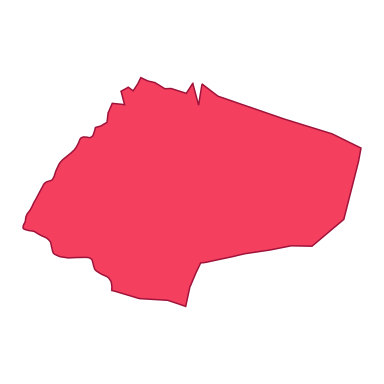 Yabroud, Rif Dimashq, Syria (orthographic projection)
{"feature_id": "27442178B56496530106269", "entity_name": "Yabroud", "entity_type": "district", "adm_level": 2, "iso_a3": "SYR", "parent_name": "Syria", "parent_adm1": "Rif Dimashq", "projection": "orthographic", "projection_center": [36.379, 33.94], "detail": "fine", "context": "isolated", "style": "filled", "palette": "rose", "viewbox_px": 384, "rotation_deg": 0, "n_neighbors": 0, "source": "geoboundaries", "source_scale": "gbopen_adm2", "svg_char_len": 3015}
<svg xmlns="http://www.w3.org/2000/svg" viewBox="0 0 384 384"><path d="M343.8,219.4L358.5,161.6L361.0,148.1L355.1,145.2L336.5,136.0L332.0,133.8L284.1,119.0L218.0,96.2L202.3,84.2L201.9,84.8L200.5,93.2L198.6,105.2L192.8,83.5L192.8,83.4L192.6,83.5L189.3,88.7L186.4,93.1L186.3,93.3L186.2,93.4L185.9,93.2L184.9,92.9L184.3,92.7L171.1,88.5L164.8,88.7L156.9,83.8L154.9,82.6L152.9,82.1L147.6,80.9L140.8,77.6L137.7,84.0L133.7,90.0L133.2,90.8L130.8,89.1L129.9,88.4L128.7,87.5L128.2,87.2L128.0,87.4L121.0,91.3L121.3,92.1L124.1,103.0L124.6,104.7L121.9,104.3L114.7,103.6L112.3,103.3L112.2,103.5L111.3,105.6L108.3,112.5L108.2,112.6L108.1,112.8L107.5,118.0L107.3,119.9L107.0,121.9L106.9,122.4L106.7,122.6L106.2,122.8L105.8,123.0L103.2,124.5L102.0,125.3L100.8,126.0L100.0,126.2L99.3,126.4L96.4,127.2L95.7,127.4L95.4,127.6L95.3,127.9L95.3,128.0L94.8,129.9L94.7,130.2L94.3,131.8L93.8,132.9L93.8,133.1L93.7,133.2L93.7,133.7L93.4,134.4L93.1,135.0L92.8,135.6L92.6,135.9L92.0,136.5L91.8,136.7L91.7,136.8L90.1,137.6L88.8,137.6L86.7,137.1L85.6,137.1L85.2,137.1L83.8,136.9L83.2,137.1L82.2,137.3L80.9,138.0L80.4,138.5L79.4,140.5L79.0,141.8L78.7,142.5L77.5,144.9L77.4,145.1L76.7,146.4L76.3,147.1L76.1,147.4L74.4,149.8L73.5,150.6L71.0,153.0L70.6,153.3L68.6,154.9L62.8,159.6L61.0,161.5L60.6,161.9L60.0,162.7L58.8,164.5L58.3,165.7L58.1,166.1L57.9,166.6L57.3,167.8L56.3,170.0L55.8,171.1L54.6,174.8L54.2,176.3L53.7,177.2L53.3,178.0L53.2,178.2L52.4,179.5L51.7,180.1L50.2,180.8L48.6,181.2L48.0,181.4L47.1,181.6L46.4,182.1L46.1,182.2L45.5,182.5L45.0,182.9L43.9,184.0L43.4,184.9L43.4,185.0L41.3,188.9L36.2,198.5L33.6,203.1L32.3,206.0L30.4,209.6L29.5,210.8L27.0,214.2L26.7,215.1L26.1,216.3L25.9,217.0L25.8,217.4L25.7,218.2L25.5,219.4L25.4,220.4L25.4,220.7L25.4,220.8L25.3,221.3L25.1,221.7L25.0,222.0L24.9,222.2L24.8,222.6L23.8,224.3L23.7,224.7L23.3,225.5L23.0,227.8L23.1,228.2L23.6,228.7L23.8,228.9L23.9,229.0L24.8,229.4L27.7,230.3L29.7,230.7L32.1,231.0L34.1,231.4L38.3,234.0L41.5,235.7L45.8,237.6L46.0,237.6L46.9,238.3L47.8,239.0L49.7,240.9L50.6,242.5L51.1,244.5L51.3,245.8L52.0,248.5L52.1,249.1L52.2,249.7L52.6,251.2L53.2,252.9L53.8,253.6L54.7,254.3L57.7,255.7L58.7,256.2L59.5,256.5L59.8,256.6L61.2,256.9L61.8,257.0L62.8,257.1L66.2,257.6L67.9,257.9L68.5,257.9L71.0,257.8L72.9,257.7L75.0,257.6L83.3,257.4L85.3,257.4L86.0,257.4L87.5,257.5L88.7,257.7L89.9,258.1L91.7,259.3L92.2,260.5L92.8,262.4L92.8,262.6L92.9,263.0L93.0,263.1L93.7,266.4L93.8,266.6L94.2,267.6L94.4,268.3L94.5,268.7L95.2,269.8L95.5,270.2L95.8,270.5L96.7,271.2L98.0,272.1L101.5,274.2L105.2,275.9L106.0,276.2L106.2,276.3L107.1,276.7L107.7,277.2L108.4,277.8L108.7,278.0L109.8,279.6L110.2,280.2L110.7,280.9L111.1,281.8L111.6,284.2L111.7,285.6L111.9,287.0L111.8,288.7L111.8,290.3L111.8,290.5L113.7,290.9L139.4,298.6L167.7,300.3L185.7,306.4L189.9,286.9L190.6,285.5L196.0,272.7L199.5,265.4L200.6,263.0L205.7,262.4L218.5,259.6L231.4,256.9L233.7,256.4L239.3,255.0L245.0,253.7L270.0,250.0L291.2,245.8L312.0,246.2L331.9,229.4L343.8,219.4Z" fill="#f43f5e" stroke="#9f1239" stroke-width="1.5"/></svg>